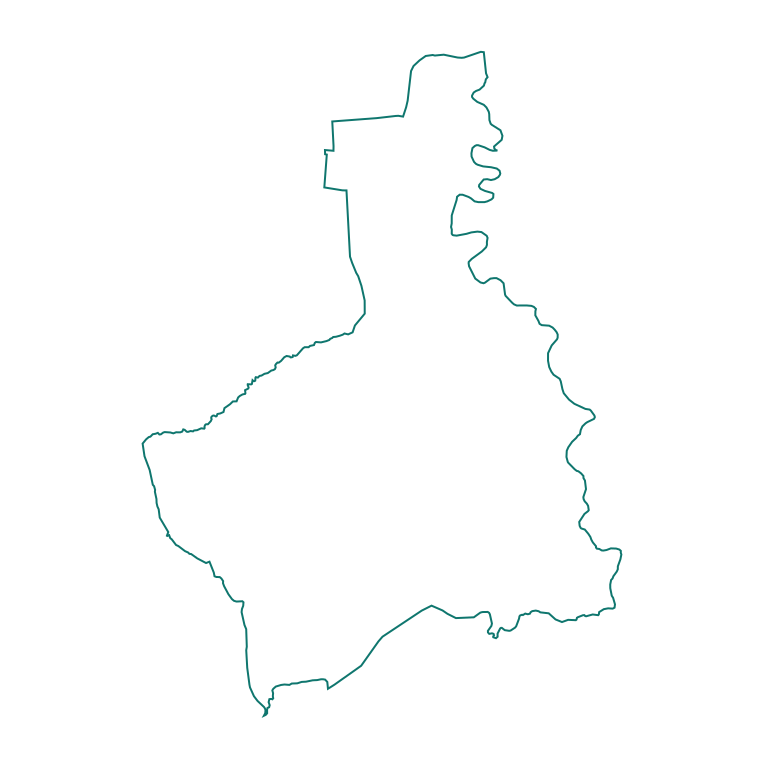 the district of Progreso de Obregón, Hidalgo, Mexico, rotated 181°
{"feature_id": "50627088B79167311064523", "entity_name": "Progreso de Obregón", "entity_type": "district", "adm_level": 2, "iso_a3": "MEX", "parent_name": "Mexico", "parent_adm1": "Hidalgo", "projection": "mercator", "projection_center": [-99.182, 20.304], "detail": "fine", "context": "isolated", "style": "outline", "palette": "teal", "viewbox_px": 768, "rotation_deg": 181, "n_neighbors": 0, "source": "geoboundaries", "source_scale": "gbopen_adm2", "svg_char_len": 6125}
<svg xmlns="http://www.w3.org/2000/svg" viewBox="0 0 768 768"><g transform="rotate(181 384 384)"><path d="M596.8,331.8L602.4,332.1L603.9,331.6L606.2,329.8L607.7,329.6L609.3,331.2L611.4,330.3L614.4,329.7L616.6,327.3L618.3,326.8L620.9,324.5L624.3,320.2L622.2,307.6L616.8,293.9L613.4,279.2L612.1,277.8L611.0,274.1L611.2,272.3L609.5,265.0L609.3,261.1L608.4,257.5L607.1,254.8L605.9,246.5L597.1,232.2L598.4,228.5L598.1,228.3L596.2,229.1L595.0,226.1L593.6,225.1L589.1,219.4L586.8,218.4L580.0,213.4L576.9,212.1L575.6,210.8L573.8,210.6L567.7,206.4L558.8,201.9L555.4,203.3L550.9,192.5L550.1,188.8L548.2,188.1L544.9,188.1L543.2,186.7L541.4,184.1L541.5,182.0L540.3,179.0L535.9,171.1L532.3,166.3L530.2,164.6L527.7,163.9L521.8,164.3L520.7,163.3L520.9,159.8L522.1,156.5L522.4,153.4L519.3,140.6L517.5,136.5L516.6,118.9L517.1,115.4L515.8,97.9L513.3,81.1L512.7,78.3L508.6,69.6L504.9,64.9L498.3,58.9L497.3,57.4L496.8,55.7L497.0,52.8L498.3,50.2L496.5,51.1L495.1,52.7L495.2,56.4L494.8,58.1L493.2,58.8L492.7,60.9L493.8,63.9L493.1,66.9L491.3,67.2L490.1,66.8L489.3,67.8L489.7,70.0L489.5,72.9L490.3,75.7L489.4,77.3L486.9,79.6L481.6,81.3L478.3,81.8L473.3,81.5L471.0,82.9L465.5,83.2L461.1,84.7L456.8,85.0L450.1,86.5L445.6,86.8L441.7,87.7L439.7,87.7L437.7,87.4L435.5,85.1L434.7,78.3L428.3,82.5L401.9,101.9L385.1,126.5L381.1,131.3L342.3,158.1L332.6,163.2L321.5,158.6L316.5,155.3L308.0,151.2L290.1,152.3L283.7,157.1L281.7,157.7L276.3,157.9L274.9,157.0L274.1,155.5L271.9,146.4L272.4,144.0L275.8,139.0L275.7,137.4L274.4,136.0L271.7,136.6L270.1,136.1L269.6,134.7L270.4,133.6L270.3,132.7L267.6,131.8L266.0,133.3L266.1,136.4L263.6,141.6L262.8,142.2L261.9,142.2L259.0,140.0L254.5,139.4L253.1,139.7L248.7,142.7L247.6,144.1L244.9,151.7L244.5,154.1L243.8,155.0L241.9,155.7L241.1,155.4L238.8,156.9L236.1,156.3L234.1,156.9L233.4,158.4L231.8,159.5L228.3,160.1L225.4,159.5L223.7,158.4L215.3,157.6L208.4,151.6L201.9,149.1L195.8,151.4L188.1,151.2L187.4,151.8L187.0,153.6L186.1,154.2L181.0,156.3L179.6,156.4L178.8,155.5L177.8,155.3L171.3,157.2L165.8,156.6L165.2,157.3L164.9,159.7L160.3,162.7L156.0,163.6L151.4,163.4L149.6,164.4L149.2,167.7L151.2,174.2L152.6,176.3L154.2,183.8L154.3,187.5L153.5,192.0L152.1,193.5L151.3,195.8L148.0,200.5L147.0,202.8L147.0,205.8L144.6,212.8L143.7,217.7L144.3,219.4L144.3,221.3L145.8,222.6L148.9,223.5L154.3,223.6L158.6,221.9L161.7,221.3L163.4,221.4L165.8,222.8L168.3,223.1L169.2,224.2L169.2,225.5L172.4,229.2L174.0,232.0L175.0,234.7L177.1,237.8L180.7,242.0L184.2,243.0L184.9,243.6L185.9,245.6L186.4,249.5L181.3,257.6L177.8,260.4L177.1,261.4L177.8,265.7L179.1,267.9L181.3,270.2L182.4,272.4L182.7,274.4L180.2,282.4L181.4,291.0L182.9,293.4L183.0,295.5L185.4,298.1L188.1,300.1L189.8,300.5L191.9,302.1L198.3,308.4L198.9,309.3L200.3,314.2L200.1,320.4L198.6,324.0L194.9,329.5L190.9,333.4L189.3,335.7L187.2,337.2L186.5,341.4L184.9,345.1L181.8,348.2L180.1,349.4L173.4,352.8L172.6,354.6L173.1,356.2L176.7,361.0L177.9,362.0L182.2,362.6L193.3,367.5L198.7,371.6L204.1,377.9L205.5,381.9L207.3,389.7L208.5,392.3L214.6,396.2L216.9,399.3L219.1,403.8L220.4,410.1L220.5,417.7L217.0,425.5L211.8,431.7L211.2,433.3L211.2,436.5L212.3,438.8L214.3,441.3L216.4,443.4L219.9,445.2L227.3,445.6L229.5,446.9L230.7,449.8L233.9,455.3L233.9,459.4L233.4,461.7L235.5,463.7L238.0,464.7L242.4,465.0L252.7,464.8L255.4,465.9L257.3,467.5L263.9,474.2L264.5,475.5L266.2,486.8L269.3,489.8L273.3,491.8L275.7,491.8L279.5,491.2L284.8,487.1L286.2,486.5L289.3,487.2L294.6,491.0L301.0,503.2L301.5,506.2L301.4,507.5L298.5,510.6L288.5,518.2L284.3,522.5L283.5,524.9L283.6,527.9L283.0,531.9L283.9,534.0L289.2,537.6L293.2,538.0L299.3,537.1L304.1,535.6L313.9,533.6L317.1,533.9L318.0,534.2L318.9,535.4L318.9,539.6L319.7,542.2L319.1,545.7L319.2,553.7L314.6,569.3L314.2,572.5L311.6,574.6L308.7,574.6L302.7,572.5L300.2,571.1L296.6,568.2L292.9,567.5L286.7,567.6L283.9,568.4L279.7,570.5L278.1,572.2L277.9,575.9L279.2,576.9L286.4,578.8L290.9,580.8L292.5,583.1L292.3,584.7L287.9,590.2L284.4,590.6L280.6,589.8L276.9,590.7L273.3,592.9L271.8,595.1L271.4,596.5L272.2,599.3L275.0,601.4L280.7,602.6L288.7,603.3L294.3,604.9L296.0,605.8L297.9,607.7L300.4,612.9L300.6,616.2L299.7,621.4L297.3,623.6L295.6,624.4L294.0,624.4L287.6,622.4L282.4,619.9L279.2,619.1L274.7,619.4L276.5,620.0L277.8,621.4L278.1,623.4L270.6,630.2L269.9,634.2L272.0,639.7L280.7,645.0L281.9,646.1L283.2,649.7L283.5,655.7L284.0,658.0L286.4,662.3L289.1,664.9L295.7,667.7L299.8,670.9L301.0,672.6L301.0,673.9L299.4,677.0L297.1,678.6L293.6,680.0L289.3,684.1L288.7,686.5L288.1,687.2L287.5,690.4L285.8,692.6L287.4,696.4L290.0,717.5L293.0,717.8L309.6,711.8L312.0,711.5L316.1,711.7L330.0,714.3L338.9,713.3L341.0,713.8L348.0,712.7L354.1,708.2L360.0,702.5L362.4,697.4L365.3,667.7L366.7,661.1L369.6,651.7L374.4,652.4L377.0,652.2L396.0,649.7L440.3,645.6L438.6,621.0L438.6,616.3L447.1,616.9L446.9,612.7L445.2,612.4L447.1,579.5L428.9,576.9L424.9,576.9L420.2,510.7L418.0,504.6L413.7,494.6L411.7,491.4L408.3,481.8L404.8,467.2L404.5,454.0L414.1,442.0L416.3,435.1L420.7,433.0L424.4,433.8L426.1,432.6L429.0,431.5L432.8,430.4L435.6,430.1L436.6,429.1L438.6,428.2L439.4,427.1L442.3,425.9L447.7,424.5L452.8,424.8L453.9,423.9L454.7,421.7L458.6,420.8L460.0,419.5L464.0,419.4L465.6,418.3L471.6,411.2L473.1,410.6L475.5,411.0L475.8,409.4L476.7,409.1L477.9,409.0L478.7,409.8L481.9,410.3L484.2,409.0L487.3,405.3L489.6,403.5L490.9,403.6L492.4,402.0L493.1,400.8L492.6,398.6L493.4,396.9L494.9,396.0L496.9,395.5L500.4,392.9L503.7,392.1L506.6,390.3L508.6,389.9L510.2,388.2L512.3,388.6L512.6,388.2L512.8,385.1L513.5,384.6L514.5,384.6L515.5,385.5L516.1,381.7L516.8,381.3L520.2,381.4L520.3,380.7L519.3,378.1L519.6,377.1L522.8,375.4L522.4,372.3L522.7,371.7L525.3,371.1L528.0,369.5L529.6,368.0L531.1,364.1L534.8,363.9L537.6,361.1L543.1,357.1L544.0,353.2L547.2,351.7L550.0,351.1L550.8,348.9L551.5,348.6L553.1,349.4L554.2,349.5L555.2,348.9L556.0,348.0L556.2,347.0L555.7,345.8L556.5,343.9L559.3,340.7L561.3,340.6L562.0,340.1L562.7,338.6L562.6,336.7L563.0,336.2L566.0,336.5L570.0,334.6L573.1,334.2L574.1,333.3L576.6,333.6L579.2,332.7L580.5,332.9L582.5,334.7L583.9,335.1L584.9,332.9L586.9,332.1L591.0,332.1L593.8,331.0L596.8,331.8Z" fill="none" stroke="#0f766e" stroke-width="2"/></g></svg>